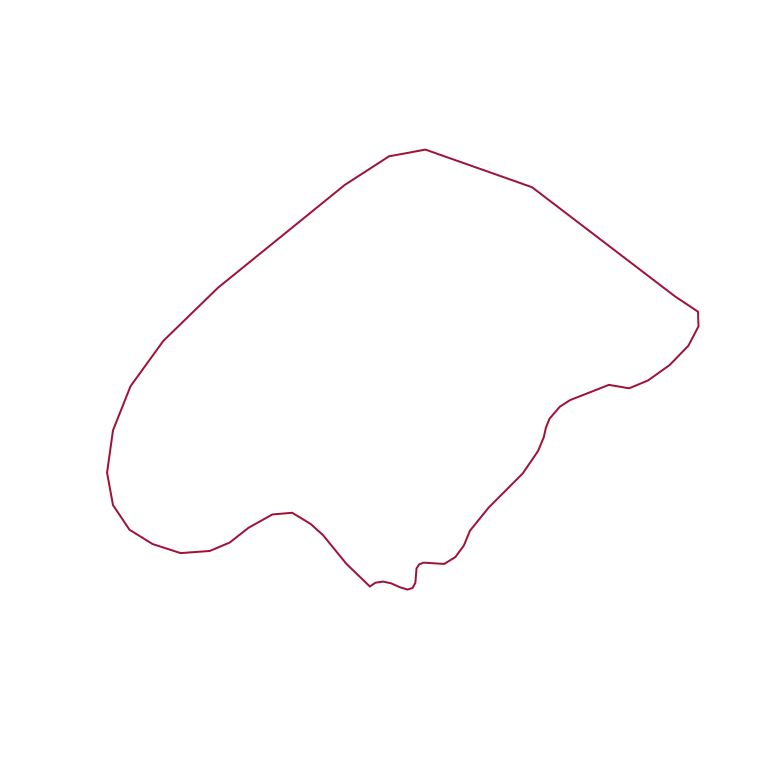 the border of Krong Pailin, rotated 231°
{"feature_id": "KHM-1783", "entity_name": "Krong Pailin", "entity_type": "Municipality", "adm_level": 1, "iso_a3": "KHM", "parent_name": "Cambodia", "parent_adm1": "", "projection": "mercator", "projection_center": [102.549, 12.885], "detail": "fine", "context": "isolated", "style": "outline", "palette": "rose", "viewbox_px": 768, "rotation_deg": 231, "n_neighbors": 0, "source": "natural_earth", "source_scale": "10m", "svg_char_len": 824}
<svg xmlns="http://www.w3.org/2000/svg" viewBox="0 0 768 768"><g transform="rotate(231 384 384)"><path d="M242.5,673.5L230.9,664.7L222.2,644.7L219.0,618.0L220.6,591.4L226.4,571.8L241.7,558.3L241.8,558.2L254.4,518.5L255.7,506.3L252.9,490.9L248.2,482.4L242.1,474.7L235.0,461.6L227.2,435.6L222.1,387.6L215.9,358.5L208.3,344.6L204.6,330.6L206.3,317.5L220.2,302.4L221.7,297.8L220.2,293.2L209.7,283.2L207.5,277.9L209.4,273.0L215.9,268.5L224.8,264.0L231.2,258.7L235.0,252.2L235.5,245.6L267.7,241.6L304.8,241.5L321.4,238.9L341.7,231.6L352.9,215.1L357.5,188.4L357.9,164.3L363.9,143.5L380.6,119.5L405.3,103.4L430.9,94.5L460.5,97.2L489.4,113.0L518.5,144.2L541.8,185.6L556.4,239.7L563.3,315.6L563.4,478.9L557.8,531.2L540.1,563.7L443.7,622.9L268.5,665.4L242.7,673.5L242.5,673.5Z" fill="none" stroke="#9f1239" stroke-width="2"/></g></svg>